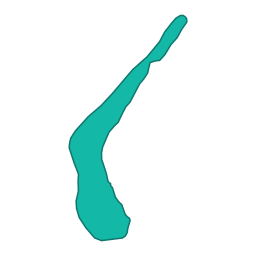 Onoun, Federated States of Micronesia
{"feature_id": "79324940B78621777989010", "entity_name": "Onoun", "entity_type": "district", "adm_level": 2, "iso_a3": "FSM", "parent_name": "Federated States of Micronesia", "parent_adm1": "", "projection": "robinson", "projection_center": [149.692, 8.587], "detail": "fine", "context": "isolated", "style": "filled", "palette": "teal", "viewbox_px": 256, "rotation_deg": 0, "n_neighbors": 0, "source": "geoboundaries", "source_scale": "gbopen_adm2", "svg_char_len": 921}
<svg xmlns="http://www.w3.org/2000/svg" viewBox="0 0 256 256"><path d="M106.3,173.4L102.7,162.3L101.7,159.7L101.5,152.9L102.7,146.9L106.2,138.5L109.1,132.0L114.7,125.6L118.1,122.4L123.0,112.2L126.0,106.6L130.1,102.0L139.6,83.9L143.8,78.9L147.6,73.2L150.0,62.6L155.7,60.8L159.7,60.4L164.9,54.6L170.9,44.7L177.2,37.6L181.8,29.2L186.7,22.2L186.8,20.5L186.5,18.4L185.6,17.2L183.3,15.5L181.2,15.4L179.2,16.1L177.2,17.4L175.6,18.5L171.5,23.3L164.7,32.0L159.5,41.8L147.2,56.7L132.8,69.5L112.3,93.6L101.1,105.6L88.1,116.8L75.3,131.0L70.7,138.2L69.5,143.8L69.2,147.8L74.1,162.8L78.5,174.1L78.1,180.6L78.4,191.0L76.1,201.2L76.6,208.8L79.3,217.7L85.9,227.8L94.6,237.9L101.5,240.6L122.4,238.0L125.4,236.0L127.1,232.8L128.0,227.5L130.1,220.6L129.5,218.3L127.3,216.8L125.1,214.1L121.7,204.6L118.5,201.6L115.4,197.2L112.4,187.7L110.6,185.7L110.7,183.9L108.1,181.6L106.3,173.4Z" fill="#14b8a6" stroke="#0f766e" stroke-width="1.5"/></svg>